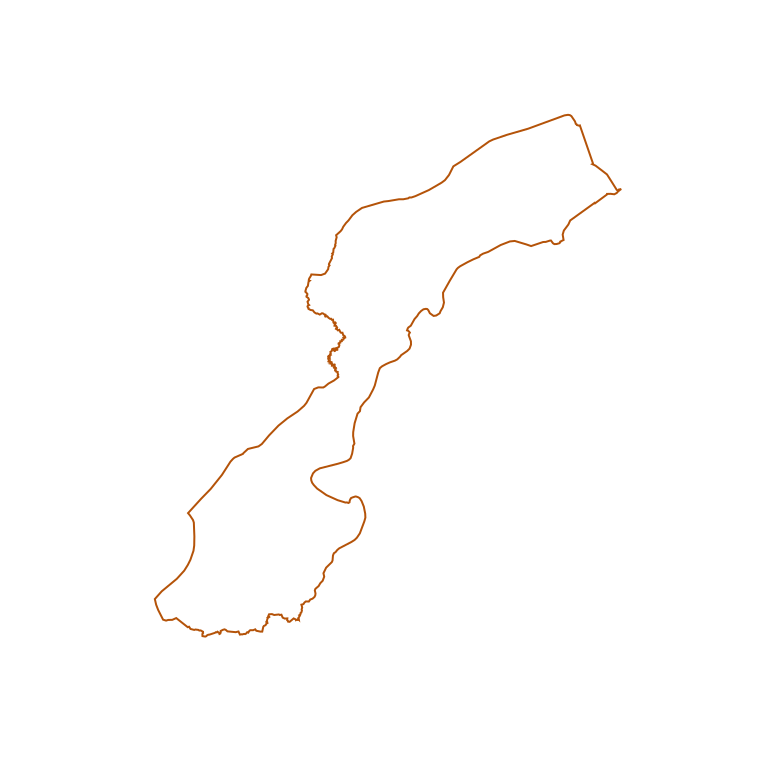 outline of Kolaka Timur, Sulawesi Tenggara, Indonesia, rotated 250°
{"feature_id": "22746128B88028223529334", "entity_name": "Kolaka Timur", "entity_type": "district", "adm_level": 2, "iso_a3": "IDN", "parent_name": "Indonesia", "parent_adm1": "Sulawesi Tenggara", "projection": "robinson", "projection_center": [121.666, -3.82], "detail": "fine", "context": "isolated", "style": "outline", "palette": "amber", "viewbox_px": 768, "rotation_deg": 250, "n_neighbors": 0, "source": "geoboundaries", "source_scale": "gbopen_adm2", "svg_char_len": 6149}
<svg xmlns="http://www.w3.org/2000/svg" viewBox="0 0 768 768"><g transform="rotate(250 384 384)"><path d="M519.4,655.8L560.0,656.5L560.0,655.7L561.4,653.8L562.2,653.8L562.8,653.2L565.4,653.3L571.7,651.7L573.1,650.6L574.0,649.0L574.7,645.4L574.6,606.9L576.1,584.6L576.4,570.2L576.0,565.9L566.5,531.6L564.8,523.6L558.2,516.6L554.7,511.0L553.5,507.0L550.9,492.5L549.8,477.7L549.9,473.5L550.6,471.6L550.2,470.3L551.0,465.3L552.5,461.1L554.4,450.7L555.5,446.3L557.0,423.6L555.3,416.8L553.4,412.0L549.8,406.5L548.3,403.4L545.7,399.5L543.7,397.5L542.4,395.4L540.2,389.9L538.1,389.7L535.0,387.5L532.9,386.8L531.3,385.5L530.6,385.7L528.6,383.7L528.2,382.8L524.8,381.2L524.3,379.9L523.3,380.2L521.7,378.5L520.1,378.2L515.7,373.4L515.1,373.1L514.1,373.4L513.1,371.9L511.0,370.8L507.9,366.4L507.9,362.1L511.8,353.2L510.4,352.0L508.7,349.8L507.2,348.7L506.8,348.7L506.4,349.4L505.8,348.0L502.2,346.0L500.9,343.9L498.0,341.8L497.3,341.7L496.6,342.3L495.6,342.4L494.8,342.8L493.8,342.3L493.1,341.2L492.5,341.0L490.8,342.2L489.1,342.4L488.7,342.2L487.5,340.3L484.7,340.1L483.8,340.6L483.6,339.4L483.2,338.7L481.7,338.6L481.0,339.1L480.3,338.8L478.6,340.4L477.6,342.3L475.1,343.1L473.3,344.5L473.1,345.6L471.2,347.4L471.7,349.9L471.2,350.8L469.7,351.8L469.1,352.8L468.6,352.8L468.0,351.9L467.4,352.0L467.0,353.9L465.2,354.5L463.6,355.7L463.4,356.6L462.2,356.9L461.9,358.1L459.0,357.5L458.4,357.8L458.7,359.1L458.1,359.5L457.4,359.3L456.4,357.8L455.7,357.4L454.9,358.9L453.0,359.3L452.7,359.0L452.8,358.2L452.3,357.7L451.3,358.6L450.1,359.1L450.2,360.5L447.3,360.8L446.8,361.2L446.4,362.5L443.8,362.4L442.6,363.4L441.3,363.6L440.9,363.5L440.9,362.9L441.5,362.3L441.5,361.8L440.5,362.1L440.1,361.2L439.6,360.9L440.0,359.5L438.7,359.0L439.1,357.5L437.8,357.1L437.8,355.3L437.3,355.0L436.8,355.4L435.8,355.4L434.3,354.3L434.0,352.6L434.1,350.8L433.6,350.9L432.5,352.0L432.1,351.8L432.6,350.3L431.9,349.4L431.9,348.8L432.8,348.4L433.6,348.8L434.5,348.7L434.6,347.4L432.8,346.0L432.5,344.6L430.9,344.4L430.5,343.6L429.6,343.9L429.5,342.5L429.1,342.2L429.3,341.5L428.9,340.9L428.3,340.8L428.3,342.0L427.9,342.3L427.3,341.7L426.5,341.7L427.0,340.6L426.8,340.2L424.8,340.3L424.1,339.5L423.5,340.1L424.0,341.1L422.8,341.3L422.5,342.2L421.2,342.1L421.2,341.1L420.6,342.0L419.0,341.3L418.7,342.0L419.3,343.0L419.4,343.9L419.1,344.3L418.8,344.2L418.6,343.3L417.4,343.7L416.5,342.5L416.3,342.6L416.1,343.7L415.7,344.2L415.2,343.8L414.7,344.0L414.4,343.1L413.8,342.7L413.2,342.7L412.6,343.4L411.8,343.4L411.2,344.6L409.9,344.1L408.6,344.2L408.0,343.4L406.9,343.1L406.6,343.6L406.1,343.5L404.4,338.2L403.4,332.0L401.8,327.5L401.5,325.7L403.3,321.1L403.2,316.6L392.8,304.7L390.8,301.4L387.7,293.4L384.8,281.5L381.0,270.6L375.0,258.4L369.4,248.7L368.3,244.7L369.5,233.9L367.1,228.2L366.6,227.6L366.0,218.4L365.3,216.5L363.5,213.1L354.0,200.6L344.7,185.3L338.7,172.9L329.7,155.7L326.9,156.7L321.5,158.0L318.8,157.9L305.7,153.7L297.1,150.4L292.4,147.9L285.1,142.0L281.1,137.8L276.9,132.4L271.8,122.7L265.2,104.2L260.3,95.1L254.5,94.4L249.0,94.5L238.1,95.8L236.2,98.3L236.1,100.5L234.8,104.4L235.1,108.7L222.6,116.4L222.6,117.8L220.0,118.4L217.8,121.6L217.8,122.8L216.4,125.5L215.5,126.1L215.2,127.3L214.3,128.3L213.6,128.5L213.1,129.2L211.8,128.8L211.2,127.8L209.2,127.2L207.8,129.6L207.8,130.8L208.3,131.6L208.5,133.1L208.2,134.1L208.0,140.0L208.3,141.1L207.8,141.9L208.2,142.8L206.6,143.9L205.4,143.9L205.5,144.8L206.3,145.5L207.8,146.1L208.1,148.6L208.0,150.2L207.1,151.2L205.1,152.3L201.5,159.8L201.2,162.6L197.8,162.9L197.5,164.6L197.2,165.0L197.0,167.1L196.5,167.9L196.7,169.3L197.5,170.3L197.4,171.2L196.9,171.5L198.1,173.1L198.4,174.1L197.4,176.8L197.5,179.1L195.8,179.6L193.7,183.0L193.0,184.9L197.1,187.5L197.7,188.3L197.9,190.2L199.1,191.6L199.2,192.7L199.9,192.8L199.9,192.0L200.7,192.0L201.3,192.8L203.8,194.6L204.1,195.7L204.5,195.2L204.9,196.3L205.5,195.9L206.9,197.2L206.1,200.0L204.5,201.8L203.4,206.4L202.6,207.0L202.3,208.7L199.1,208.9L197.5,210.5L196.8,213.0L195.1,212.2L194.3,212.7L193.5,212.6L192.8,214.0L194.6,218.9L193.0,220.5L192.2,220.5L192.3,221.1L191.8,222.2L192.7,222.9L191.6,223.4L193.5,223.8L195.0,225.6L195.7,225.3L196.0,226.6L197.3,227.2L197.5,228.1L199.2,229.4L200.3,229.5L202.0,230.7L204.9,230.9L204.7,233.0L205.8,234.4L206.4,236.1L205.3,239.0L206.7,241.0L206.7,243.4L207.7,245.9L209.0,247.2L210.6,248.0L213.7,248.4L215.0,249.5L216.5,253.5L218.6,256.0L220.1,259.1L223.4,261.9L226.9,262.4L231.2,266.8L234.5,274.1L235.8,275.3L240.3,277.4L242.1,279.0L242.6,281.0L244.0,283.3L244.9,285.7L246.7,299.3L247.5,303.0L248.8,305.9L251.9,310.2L261.6,318.5L264.8,320.8L268.6,322.0L275.7,323.1L281.6,322.9L285.0,322.1L286.3,321.1L287.6,319.6L288.1,318.6L288.2,315.4L288.0,313.8L286.3,312.0L284.6,311.1L284.4,309.8L285.4,308.7L285.8,307.2L290.7,300.7L299.3,291.9L308.6,285.4L313.0,283.5L315.8,282.7L318.3,282.7L320.6,283.3L324.3,286.7L325.9,289.8L326.7,294.8L324.8,313.7L324.5,318.8L324.4,322.9L324.8,325.1L325.7,327.2L329.4,330.2L334.6,333.2L336.3,333.7L338.1,335.8L345.7,337.2L349.3,338.6L357.2,343.0L365.2,349.0L366.7,352.1L370.2,354.0L373.5,359.0L376.5,365.2L382.7,372.0L385.7,374.8L396.8,382.5L400.3,385.5L401.3,388.2L402.0,392.8L402.3,397.0L402.2,402.2L402.6,404.9L404.2,408.5L405.2,409.9L407.1,417.1L408.5,420.1L411.7,422.8L414.9,423.9L421.3,423.9L422.1,424.3L423.5,425.9L425.7,425.0L426.5,424.0L428.2,425.4L428.8,426.3L429.6,429.1L434.6,434.9L436.5,438.4L438.4,440.8L439.9,443.8L440.7,446.6L440.3,449.1L439.6,450.3L438.2,450.9L434.8,451.3L431.0,453.9L430.5,456.5L431.4,460.5L433.1,462.0L436.0,465.5L440.0,468.2L445.4,469.3L449.6,470.7L458.6,481.2L466.9,491.4L467.8,493.1L468.6,495.8L469.9,504.1L470.6,510.6L470.9,517.0L472.0,518.3L472.6,521.7L472.5,527.0L474.7,541.2L474.9,551.1L473.7,555.8L466.4,565.6L463.3,569.4L463.0,582.1L462.2,584.6L462.0,589.1L461.7,590.0L458.5,590.9L457.2,591.9L456.5,594.1L456.3,597.0L457.0,598.2L457.5,598.3L457.9,602.0L463.3,603.0L466.7,605.5L470.8,611.8L474.0,614.9L482.2,643.9L481.6,644.1L485.9,658.6L486.3,658.7L485.2,662.0L483.5,665.3L483.9,668.0L485.1,670.2L486.1,673.6L486.4,671.2L485.4,670.5L486.8,669.1L496.6,667.0L504.7,665.2L516.8,657.5L519.3,655.0L519.4,655.8Z" fill="none" stroke="#b45309" stroke-width="2"/></g></svg>